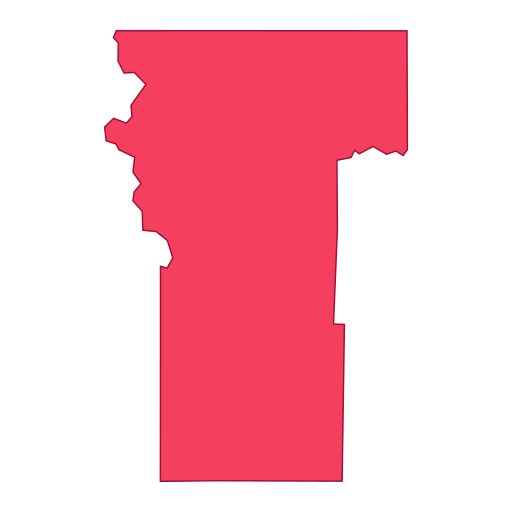 Hinsdale, Colorado, United States of America (Robinson projection)
{"feature_id": "52423323B80140634274819", "entity_name": "Hinsdale", "entity_type": "district", "adm_level": 2, "iso_a3": "USA", "parent_name": "United States of America", "parent_adm1": "Colorado", "projection": "robinson", "projection_center": [-107.379, 37.785], "detail": "fine", "context": "isolated", "style": "filled", "palette": "rose", "viewbox_px": 512, "rotation_deg": 0, "n_neighbors": 0, "source": "geoboundaries", "source_scale": "gbopen_adm2", "svg_char_len": 664}
<svg xmlns="http://www.w3.org/2000/svg" viewBox="0 0 512 512"><path d="M342.1,481.1L344.4,324.4L333.5,324.1L337.4,228.8L336.9,160.3L351.0,157.5L354.8,150.2L359.2,153.8L373.0,146.4L386.5,154.2L396.0,151.0L403.1,155.5L407.4,149.6L407.0,30.8L116.3,30.7L113.4,37.7L118.3,42.8L118.0,60.8L124.0,73.0L134.4,72.5L145.9,84.4L131.0,105.4L132.0,116.7L126.2,123.2L113.6,118.3L104.6,127.1L106.2,140.8L116.1,144.0L118.9,149.7L134.7,157.2L133.0,172.0L141.1,183.7L134.2,191.9L132.9,200.7L142.2,211.2L142.9,230.2L156.3,231.6L167.4,240.6L172.8,257.8L167.2,268.1L160.5,266.3L160.5,346.5L160.4,481.3L215.2,480.7L342.1,481.1Z" fill="#f43f5e" stroke="#9f1239" stroke-width="1.5"/></svg>